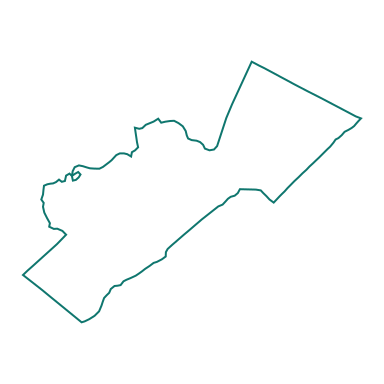 the district of Araranguá, Santa Catarina, Brazil
{"feature_id": "56859067B76617068555003", "entity_name": "Araranguá", "entity_type": "district", "adm_level": 2, "iso_a3": "BRA", "parent_name": "Brazil", "parent_adm1": "Santa Catarina", "projection": "mercator", "projection_center": [-49.475, -28.946], "detail": "fine", "context": "isolated", "style": "outline", "palette": "teal", "viewbox_px": 384, "rotation_deg": 0, "n_neighbors": 0, "source": "geoboundaries", "source_scale": "gbopen_adm2", "svg_char_len": 2192}
<svg xmlns="http://www.w3.org/2000/svg" viewBox="0 0 384 384"><path d="M298.3,86.4L294.3,84.3L264.0,68.0L259.1,65.6L254.8,63.3L251.7,61.7L232.1,104.2L226.3,118.0L217.1,146.1L214.0,149.5L209.5,150.3L204.9,148.6L203.1,144.8L200.1,142.1L196.6,140.7L191.7,140.1L188.1,138.5L186.8,135.5L185.7,131.0L182.8,126.3L178.5,123.1L174.1,120.8L170.1,121.0L165.3,121.7L161.2,122.7L158.2,118.7L153.6,121.6L145.8,124.8L142.3,128.1L139.2,128.8L134.9,127.7L135.7,133.3L136.3,137.3L137.0,142.2L138.1,147.3L135.0,150.4L131.9,152.2L131.1,156.5L127.3,154.2L124.0,153.4L119.8,153.4L116.3,155.1L113.8,157.8L111.6,160.2L109.2,162.2L105.9,164.7L103.0,166.9L99.4,168.7L94.4,168.6L89.9,168.3L86.7,167.4L82.9,166.2L78.9,165.4L74.7,167.2L72.7,171.2L71.9,176.0L69.5,173.6L66.1,175.6L64.9,181.0L61.8,181.8L59.0,179.6L56.0,182.1L53.1,183.4L50.2,183.7L47.3,184.3L44.0,185.7L43.5,189.6L43.0,194.6L41.3,199.5L43.7,202.9L43.0,206.8L44.3,212.6L47.0,218.0L49.9,223.2L49.2,226.7L53.8,228.9L57.3,228.7L62.4,230.9L66.1,234.7L57.0,244.1L32.1,266.6L27.8,270.4L23.0,275.0L42.0,289.9L50.5,296.9L81.6,322.3L84.6,321.4L89.2,319.2L94.6,315.8L99.1,311.3L101.5,305.6L102.8,301.6L104.1,298.0L106.7,295.2L109.2,292.8L110.8,289.0L114.5,286.0L117.6,285.7L120.6,285.1L123.5,281.3L126.4,279.8L130.5,278.1L135.7,275.7L139.0,273.5L141.8,271.5L145.1,268.9L149.5,266.0L153.6,262.9L156.9,261.9L161.9,259.3L165.7,256.5L165.9,252.1L167.7,248.9L171.9,245.1L183.9,234.7L189.6,229.9L201.7,219.5L208.3,214.3L212.1,211.3L218.3,206.4L222.6,204.6L225.5,201.5L227.9,198.8L230.7,196.8L234.7,195.7L237.8,193.1L239.9,189.2L255.9,189.6L260.8,190.4L263.2,193.0L266.4,196.1L269.5,199.5L273.7,202.6L276.8,199.3L279.7,196.2L282.0,193.9L284.6,191.4L287.5,188.1L290.2,185.4L294.3,181.2L298.6,177.2L302.5,173.3L306.4,169.8L309.5,166.5L313.0,163.3L315.8,160.6L318.9,157.7L322.6,154.0L325.1,151.5L327.6,149.0L330.1,146.7L333.5,142.6L335.6,139.5L338.4,138.1L341.7,135.2L344.6,131.8L348.4,129.9L351.6,128.0L354.1,126.1L356.2,123.6L358.5,121.0L361.0,118.4L355.8,116.4L352.6,114.7L349.2,112.9L343.5,109.9L320.5,97.8L307.9,91.4L298.3,86.4ZM71.9,176.0L75.0,173.8L78.2,172.0L80.5,174.5L78.7,177.4L75.9,179.9L72.9,180.6L71.9,176.0Z" fill="none" stroke="#0f766e" stroke-width="2"/></svg>